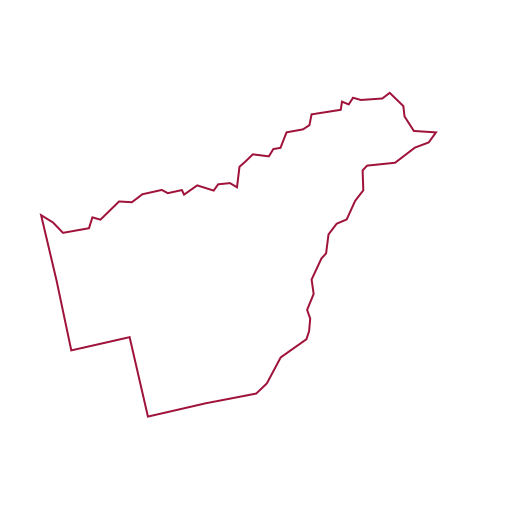 outline of Mason, Illinois, United States of America, rotated 168°
{"feature_id": "52423323B7274127443145", "entity_name": "Mason", "entity_type": "district", "adm_level": 2, "iso_a3": "USA", "parent_name": "United States of America", "parent_adm1": "Illinois", "projection": "albers", "projection_center": [-90.006, 40.244], "detail": "fine", "context": "isolated", "style": "outline", "palette": "rose", "viewbox_px": 512, "rotation_deg": 168, "n_neighbors": 0, "source": "geoboundaries", "source_scale": "gbopen_adm2", "svg_char_len": 950}
<svg xmlns="http://www.w3.org/2000/svg" viewBox="0 0 512 512"><g transform="rotate(168 256 256)"><path d="M456.3,202.1L396.5,202.9L395.1,121.4L335.9,122.4L284.4,121.4L271.9,129.1L252.9,151.7L224.0,164.1L219.7,171.4L216.0,183.4L217.2,192.7L207.5,206.9L206.5,221.4L192.5,240.0L186.9,244.0L180.6,262.0L170.4,270.8L159.7,272.9L147.5,289.4L137.4,297.9L133.9,317.6L128.5,321.3L100.6,318.3L78.0,329.0L63.4,331.2L54.3,339.5L75.6,345.5L81.7,361.6L80.7,372.0L91.3,387.8L99.7,383.8L120.9,386.8L128.2,390.6L133.8,385.0L139.8,389.1L142.7,381.4L172.2,383.0L176.5,372.9L183.7,370.1L200.4,370.6L209.6,356.7L216.8,357.0L222.7,350.8L238.0,356.1L246.9,350.5L253.6,346.7L260.3,327.2L266.3,332.7L278.1,334.0L283.8,328.8L298.8,337.3L313.6,331.0L314.8,335.9L329.2,335.8L334.4,340.2L354.4,340.0L366.2,334.4L378.6,337.8L400.6,323.9L408.0,327.8L413.6,317.9L440.0,318.8L447.6,331.0L457.7,340.6L456.2,273.4L456.3,202.1Z" fill="none" stroke="#9f1239" stroke-width="2"/></g></svg>